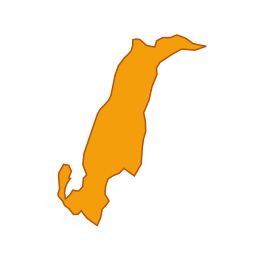 map outline of Nippes (Natural Earth projection), rotated 284°
{"feature_id": "HTI-1360", "entity_name": "Nippes", "entity_type": "Department", "adm_level": 1, "iso_a3": "HTI", "parent_name": "Haiti", "parent_adm1": "", "projection": "natural_earth1", "projection_center": [-73.453, 18.404], "detail": "fine", "context": "isolated", "style": "filled", "palette": "amber", "viewbox_px": 256, "rotation_deg": 284, "n_neighbors": 0, "source": "natural_earth", "source_scale": "10m", "svg_char_len": 1150}
<svg xmlns="http://www.w3.org/2000/svg" viewBox="0 0 256 256"><g transform="rotate(284 128 128)"><path d="M37.5,85.2L40.2,83.1L41.2,82.4L41.6,81.7L44.9,77.1L46.6,76.1L48.7,76.0L50.8,76.2L52.8,76.2L64.6,72.3L68.0,71.8L77.2,74.4L77.4,79.7L72.1,83.6L65.2,82.4L65.2,84.4L59.6,82.2L54.6,81.5L49.6,82.1L44.0,84.4L45.7,85.7L50.0,88.2L54.3,89.4L54.5,91.2L54.4,93.6L55.6,95.9L60.2,98.2L68.4,96.9L72.5,99.2L81.6,93.0L92.7,91.5L133.8,95.0L139.0,96.3L149.4,102.2L155.2,103.6L175.9,102.7L186.1,103.7L195.3,107.5L200.1,110.7L204.0,112.4L208.4,112.7L214.9,111.4L216.4,114.8L216.6,118.5L212.5,126.2L213.1,134.4L219.6,134.7L224.1,139.8L226.0,147.2L230.1,153.0L229.1,162.1L225.7,170.7L225.8,177.5L226.3,184.2L219.7,174.0L217.5,160.7L209.3,152.1L199.4,143.1L193.1,141.1L187.2,143.1L180.6,142.3L173.8,141.3L160.1,141.6L146.6,139.5L138.5,143.3L129.1,146.0L120.9,145.7L112.7,146.6L96.2,149.5L83.0,145.8L85.6,139.2L87.9,133.9L82.2,130.6L78.4,125.4L73.9,121.0L66.8,120.3L58.4,121.6L52.6,127.2L48.2,125.6L43.0,122.6L34.3,123.1L25.9,121.7L30.6,109.9L36.4,102.6L32.1,100.3L30.9,96.1L35.4,90.3L37.5,85.3L37.5,85.2Z" fill="#f59e0b" stroke="#b45309" stroke-width="1.5"/></g></svg>